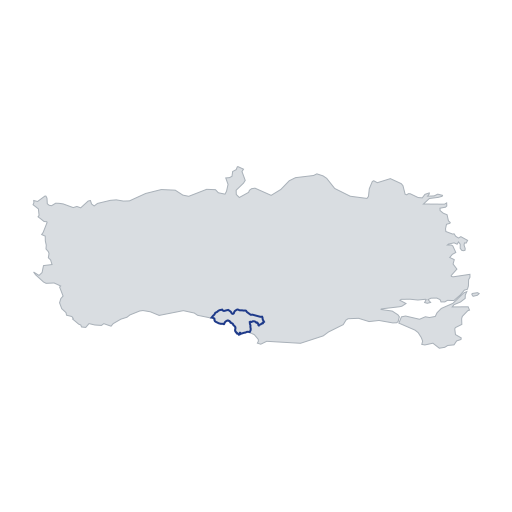 Turkey, with Samsun highlighted, rotated 181°
{"feature_id": "TUR-2296", "entity_name": "Samsun", "entity_type": "Province", "adm_level": 1, "iso_a3": "TUR", "parent_name": "Turkey", "parent_adm1": "", "projection": "robinson", "projection_center": [35.998, 41.292], "detail": "fine", "context": "in_parent", "style": "outline", "palette": "blue", "viewbox_px": 512, "rotation_deg": 181, "n_neighbors": 0, "source": "natural_earth", "source_scale": "10m", "svg_char_len": 5674}
<svg xmlns="http://www.w3.org/2000/svg" viewBox="0 0 512 512"><g transform="rotate(181 256 256)"><path d="M399.7,183.3L407.0,185.7L409.3,183.9L415.9,184.2L421.8,185.5L425.0,181.6L429.2,182.0L430.0,184.0L432.0,184.7L438.3,189.8L437.6,190.4L439.1,192.3L444.4,193.5L445.0,196.1L449.3,199.9L451.6,205.8L450.4,210.0L448.2,212.6L451.8,221.5L450.8,222.6L457.4,225.5L465.4,225.0L468.0,226.3L476.1,233.4L478.1,236.1L472.6,232.8L469.6,235.7L468.3,242.7L459.8,243.9L461.3,248.5L463.6,250.6L463.0,254.8L463.6,256.6L466.1,259.4L465.9,263.2L466.9,267.3L467.1,272.2L470.7,273.7L469.2,275.9L465.5,285.8L465.8,286.6L468.5,286.8L474.6,291.4L473.6,292.9L474.4,299.3L479.8,303.4L479.0,305.5L479.2,307.6L475.4,306.7L468.0,312.3L467.1,312.2L466.0,310.2L465.6,304.6L463.7,303.1L461.3,302.7L457.2,305.3L453.5,305.2L449.7,304.7L439.6,301.2L436.0,302.4L432.1,301.1L424.8,308.0L422.5,308.6L421.3,305.1L418.7,303.2L415.4,305.8L402.6,309.1L396.7,309.7L389.5,308.6L383.5,308.9L367.4,316.6L351.8,320.8L337.9,320.4L330.2,315.6L324.3,314.5L306.5,321.8L297.7,321.6L294.8,318.6L288.1,317.3L286.6,320.2L285.2,327.1L287.6,333.5L283.8,333.9L281.4,335.3L280.8,340.1L277.3,342.0L276.2,344.9L275.5,345.0L270.0,342.6L271.5,340.2L268.1,331.4L269.8,328.6L277.0,321.4L276.8,317.2L273.7,314.2L264.5,319.5L263.7,321.6L261.6,323.2L258.2,323.8L241.9,316.9L232.3,323.0L224.1,331.8L217.9,335.0L199.8,337.5L196.6,339.2L190.4,337.3L186.7,334.9L178.5,324.9L162.8,317.4L146.1,315.5L144.6,317.5L143.9,325.2L141.0,332.5L139.6,333.3L136.0,331.4L123.0,335.7L112.1,330.9L110.3,328.9L108.0,320.4L106.4,319.8L104.7,321.0L102.8,320.9L95.0,317.3L90.8,317.0L88.1,320.6L83.9,322.1L83.8,321.1L85.5,318.8L78.9,319.2L75.4,321.0L70.6,319.9L71.0,318.9L74.9,317.8L83.7,316.5L89.5,310.9L68.4,311.1L66.3,312.4L66.1,309.4L67.4,308.1L72.9,307.0L72.7,304.6L69.4,302.0L65.7,300.6L64.2,294.5L62.4,292.9L62.7,292.1L66.1,291.0L67.0,286.5L66.6,283.8L59.9,281.4L58.3,281.6L56.7,279.2L53.9,277.5L51.5,278.9L44.7,275.3L46.1,272.6L47.8,272.7L48.2,270.6L47.0,267.2L47.1,265.4L48.7,264.9L50.3,265.2L52.0,267.3L52.0,271.3L53.8,273.6L55.1,271.3L58.2,272.6L63.8,271.3L64.9,270.3L60.9,270.4L59.4,269.5L56.3,263.0L59.7,261.1L62.3,257.9L57.7,255.8L58.8,251.4L54.9,246.4L60.5,239.9L60.3,239.0L58.6,238.6L41.8,241.4L41.7,238.5L43.0,236.0L43.1,229.8L44.0,226.5L47.1,225.5L51.1,220.6L57.4,214.9L63.8,215.0L66.4,213.4L70.2,213.3L71.2,215.6L74.5,217.1L80.3,216.9L83.2,215.4L80.6,212.6L83.9,211.7L86.6,212.4L85.1,215.4L85.8,215.7L93.4,214.8L101.3,215.5L110.1,215.2L111.3,214.2L105.2,211.1L109.2,208.4L111.4,207.8L129.8,205.3L130.0,204.7L118.8,203.3L113.1,199.7L111.6,197.7L112.8,192.9L114.1,191.7L118.1,191.5L131.9,193.7L141.8,192.4L152.4,195.5L162.8,194.9L164.9,193.5L167.6,188.9L182.2,181.3L187.4,177.3L210.0,169.5L243.8,170.9L249.7,167.9L253.1,168.9L252.1,170.9L252.3,172.7L256.3,177.3L262.3,180.0L270.7,177.7L273.7,178.6L276.7,185.9L281.9,190.2L284.3,190.5L287.5,188.0L290.5,187.6L295.5,190.1L297.2,192.7L313.4,195.7L316.7,197.9L327.7,200.1L351.8,194.9L360.7,198.4L368.1,199.5L371.3,199.0L381.0,194.9L384.0,192.5L390.0,190.5L397.6,185.9L399.7,183.3ZM88.7,170.5L87.9,173.8L89.3,177.3L92.5,182.2L95.8,184.7L112.0,191.4L109.5,197.7L105.4,198.6L91.4,195.6L85.6,198.2L81.5,197.5L75.7,198.7L74.0,202.4L69.8,206.8L58.3,212.1L47.6,222.7L44.6,224.1L46.1,220.5L46.1,217.3L50.7,213.6L57.2,210.8L58.9,208.5L43.0,208.9L41.6,205.6L43.3,205.0L48.7,199.2L49.3,196.9L49.0,191.2L55.4,187.9L56.0,186.6L55.2,180.9L49.4,177.7L49.6,176.1L53.9,174.6L56.5,170.6L62.7,169.9L65.7,168.0L71.1,167.0L77.6,171.9L85.6,170.0L88.7,170.5ZM39.2,222.3L33.9,223.2L32.2,222.3L34.0,220.6L38.2,219.5L39.5,221.2L39.2,222.3Z" fill="#d9dde1" stroke="#a8b0b8" stroke-width="1"/><path d="M261.0,179.8L261.7,180.0L262.8,180.1L263.8,180.0L264.2,179.8L265.1,179.3L266.5,179.1L269.0,178.2L269.5,178.1L270.1,177.9L271.0,177.2L271.5,177.1L271.5,177.3L271.4,177.5L271.1,177.8L270.9,177.9L270.9,178.3L270.5,179.2L270.6,179.7L270.8,179.0L271.0,178.4L271.3,177.8L271.7,177.5L271.9,177.3L272.0,177.3L273.4,178.5L273.4,178.1L273.6,178.1L275.3,180.2L275.6,181.0L275.6,182.1L275.5,182.4L275.3,182.9L275.3,183.0L275.3,183.9L275.4,184.4L275.6,184.9L276.7,186.0L277.3,186.4L278.0,187.8L278.4,188.1L279.5,188.6L280.2,188.8L280.3,188.9L280.4,189.1L280.4,189.4L280.5,189.8L280.9,190.0L281.2,190.1L281.3,190.2L281.5,190.6L281.9,190.7L282.3,190.8L282.5,191.0L283.0,191.1L283.5,191.0L284.5,190.5L285.7,189.5L285.9,189.2L286.0,189.0L286.3,188.4L286.4,188.2L286.6,187.6L286.8,187.3L287.2,187.3L287.5,187.5L288.0,187.6L290.0,187.6L291.9,188.0L295.3,189.6L296.0,190.2L296.4,191.1L296.4,192.3L296.6,192.8L297.0,193.0L297.4,193.1L298.3,193.6L298.8,193.8L299.2,193.8L297.9,195.5L296.6,196.7L295.7,198.5L293.8,199.5L292.9,200.4L292.6,200.6L291.7,201.1L290.8,201.4L289.8,201.5L289.4,201.7L288.9,201.8L288.4,201.1L287.6,200.6L286.4,200.6L286.1,200.7L285.3,201.0L282.8,201.6L280.3,199.9L279.9,199.3L279.6,198.7L279.0,198.0L278.1,197.7L277.2,198.3L276.8,199.6L276.1,200.7L275.1,201.4L274.2,202.0L273.3,202.2L271.4,201.4L268.4,201.4L267.5,201.2L265.7,201.3L265.0,201.1L264.2,199.9L260.8,197.5L260.1,197.1L258.6,197.3L251.5,195.5L250.6,195.3L248.8,195.4L248.4,194.4L248.3,193.3L248.0,192.3L246.8,190.3L247.2,190.0L247.7,189.8L248.1,189.4L247.9,188.9L248.1,188.7L248.4,188.6L248.9,188.6L249.2,188.5L250.0,187.8L251.2,187.3L251.8,187.0L252.0,186.6L252.3,186.8L252.5,187.3L252.6,187.8L252.7,188.3L252.8,188.5L253.2,188.8L253.9,189.1L253.7,189.5L253.9,189.6L255.0,189.7L255.1,189.8L255.5,190.3L256.3,190.6L257.3,190.7L258.3,190.6L259.0,190.1L259.4,189.9L260.6,190.2L261.1,189.9L260.9,188.2L260.7,187.4L260.4,186.8L260.3,186.1L260.4,185.3L260.3,184.5L260.0,183.1L260.1,181.7L261.0,179.8L261.0,179.8Z" fill="none" stroke="#1e3a8a" stroke-width="2"/></g></svg>